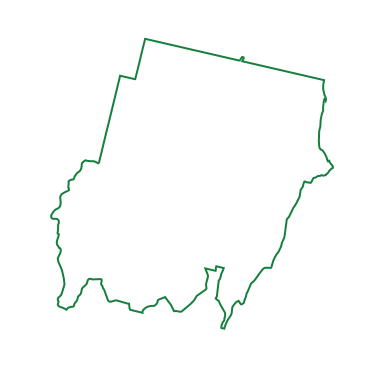 SVG path tracing the border of Sudan, rotated 13°
{"feature_id": "SDN", "entity_name": "Sudan", "entity_type": "country or territory", "adm_level": 0, "iso_a3": "SDN", "parent_name": "Africa", "parent_adm1": "", "projection": "equal_earth", "projection_center": [30.131, 15.434], "detail": "fine", "context": "isolated", "style": "outline", "palette": "green", "viewbox_px": 384, "rotation_deg": 13, "n_neighbors": 0, "source": "natural_earth", "source_scale": "50m", "svg_char_len": 5198}
<svg xmlns="http://www.w3.org/2000/svg" viewBox="0 0 384 384"><g transform="rotate(13 192 192)"><path d="M254.2,317.9L251.2,317.9L251.1,317.7L250.9,316.9L250.8,316.0L250.9,314.4L251.2,312.4L252.3,309.7L252.3,309.3L252.3,309.2L252.2,308.7L252.1,308.3L252.0,307.6L252.2,306.2L252.2,305.8L252.2,305.2L252.1,304.9L251.4,302.5L251.2,302.1L244.3,294.6L243.0,292.6L242.9,292.4L242.7,292.3L239.2,290.6L239.0,290.4L239.0,290.2L239.1,289.9L239.6,288.9L239.6,288.6L239.7,288.2L238.0,272.4L238.0,272.1L238.1,271.9L238.2,271.7L238.4,271.4L238.6,271.1L238.8,270.4L238.8,270.2L239.0,267.4L239.0,264.9L239.9,260.8L240.0,259.0L232.4,258.9L232.4,259.0L232.4,259.4L232.4,259.7L232.3,260.2L232.3,260.4L232.3,260.7L232.5,261.7L232.7,262.4L232.7,262.7L232.7,263.0L232.7,263.5L222.2,263.5L226.3,269.7L226.4,269.9L226.5,270.2L226.5,270.4L226.6,272.6L226.4,276.1L226.4,278.3L226.7,279.7L227.8,282.6L227.7,283.1L227.5,283.8L220.0,292.2L219.8,292.6L218.8,296.1L217.8,298.2L217.4,298.8L215.6,301.7L208.8,310.7L207.7,311.3L204.3,311.5L202.5,311.6L202.3,311.7L202.0,311.8L201.8,312.0L201.6,312.2L201.3,312.1L201.1,311.9L196.9,306.8L189.4,300.4L188.7,301.0L184.4,303.8L183.6,304.5L183.1,305.0L183.0,308.1L182.3,309.6L181.0,311.3L177.3,312.4L175.4,313.3L173.4,314.7L173.1,315.1L172.4,316.0L170.9,318.0L170.7,319.5L171.0,320.8L158.3,320.7L157.5,319.7L155.7,314.9L154.4,315.2L142.8,314.6L141.2,315.1L137.9,317.1L136.2,317.4L134.5,316.5L128.5,307.1L127.2,306.0L126.7,305.4L125.8,303.7L124.5,302.8L124.1,302.0L124.0,301.0L124.0,299.0L123.6,297.7L122.6,297.4L114.5,299.6L113.3,299.3L111.6,299.7L111.0,300.1L110.3,301.3L110.2,302.6L110.2,303.9L110.0,305.2L109.3,306.6L107.0,309.8L106.5,311.2L106.6,314.7L106.4,316.5L106.0,317.3L105.0,318.7L104.6,319.4L104.5,320.5L104.4,322.9L104.2,323.9L102.9,326.7L102.6,327.6L102.5,329.6L102.3,330.2L98.6,331.8L97.3,332.8L96.4,334.3L96.2,334.9L94.6,334.4L92.6,334.0L88.7,333.5L87.2,332.8L86.5,331.7L86.7,329.0L86.4,328.4L85.8,327.9L85.3,326.7L85.4,325.3L87.5,322.2L87.9,320.5L88.3,314.6L88.5,312.6L88.4,310.2L86.8,305.7L85.4,302.7L83.2,298.1L82.3,296.6L77.7,290.3L77.2,289.4L76.1,286.7L76.6,284.4L77.4,280.9L77.4,279.3L77.1,277.6L76.0,276.4L74.9,276.3L74.5,275.6L73.6,274.7L72.7,274.0L71.9,272.6L71.4,270.7L71.9,263.9L71.6,263.0L70.4,262.7L70.2,262.2L70.2,260.9L69.6,257.0L68.9,253.8L69.3,252.0L68.4,249.6L66.5,248.6L64.7,248.9L62.8,249.4L61.7,249.2L60.9,248.8L60.4,247.9L60.1,246.8L60.4,245.3L61.4,242.4L62.8,240.0L65.4,237.8L66.2,236.7L66.6,235.4L66.7,233.9L66.5,232.4L66.2,231.0L65.5,229.1L64.8,226.9L64.8,225.4L65.1,224.3L65.9,223.0L67.3,221.6L67.6,221.3L68.5,220.5L69.3,220.0L71.2,218.4L71.7,217.7L71.5,216.8L71.1,216.1L70.3,215.1L70.2,213.9L70.0,211.8L69.6,210.4L69.3,209.5L69.9,208.7L70.7,207.7L71.7,207.1L73.3,206.6L73.9,205.8L74.1,204.4L74.1,203.1L74.7,202.1L75.4,200.0L76.1,199.0L77.1,197.9L78.1,196.5L78.6,194.9L78.8,193.4L78.3,188.7L79.5,186.7L81.0,185.1L83.2,185.2L86.5,184.8L88.8,184.2L90.5,184.2L94.2,185.1L94.5,184.9L94.6,184.7L94.8,183.4L94.8,180.3L94.9,170.9L95.0,161.5L95.1,152.1L95.3,142.7L95.4,133.4L95.5,124.0L95.6,114.7L95.7,105.3L95.7,102.7L95.8,100.1L95.8,97.5L95.8,94.9L99.7,94.9L103.5,94.9L107.3,94.9L111.2,94.9L111.3,94.8L111.5,84.4L111.6,74.0L111.7,63.7L111.9,53.3L117.8,53.3L123.7,53.3L129.6,53.3L135.5,53.3L141.4,53.3L147.3,53.3L153.2,53.3L159.1,53.3L165.0,53.3L170.9,53.3L176.8,53.3L182.7,53.3L188.6,53.3L194.5,53.3L200.4,53.3L206.3,53.3L208.1,53.3L208.9,53.2L210.4,49.3L211.0,49.1L212.0,49.3L212.3,50.2L212.0,51.5L211.6,53.3L214.4,53.3L219.5,53.3L224.6,53.3L229.6,53.3L234.7,53.3L239.8,53.3L244.8,53.3L249.9,53.3L255.0,53.3L260.0,53.3L265.1,53.3L270.2,53.3L275.2,53.3L280.3,53.3L285.4,53.3L290.4,53.3L295.5,53.3L295.8,58.0L296.5,61.8L299.0,67.2L301.1,70.1L301.8,71.7L301.9,72.5L301.8,73.2L301.2,72.4L300.1,71.8L300.0,74.4L300.3,76.2L300.6,79.6L301.5,83.2L301.0,86.6L301.1,92.3L302.3,99.2L302.2,103.6L304.1,113.8L305.9,119.5L306.8,120.9L307.9,121.6L309.9,122.1L313.0,125.0L315.4,128.1L316.3,129.7L317.5,131.5L318.2,131.1L318.7,130.7L319.5,132.1L323.3,135.2L323.9,136.6L322.6,138.0L321.1,140.4L320.7,141.3L320.5,141.9L320.3,142.6L319.9,143.3L319.0,144.3L318.7,144.7L318.5,145.4L318.0,145.8L317.4,145.9L316.9,146.2L316.1,146.6L314.9,146.4L313.8,146.8L313.3,147.4L312.4,147.8L311.5,147.9L311.2,148.1L310.3,148.9L309.2,150.0L308.0,150.7L307.5,150.9L307.0,151.6L306.1,155.4L305.5,156.4L304.4,156.5L302.9,156.5L301.7,156.8L300.0,156.4L299.2,156.5L299.0,157.3L298.7,160.5L298.8,161.9L298.1,163.6L297.4,165.6L297.7,169.1L297.9,172.6L296.6,177.7L296.4,178.9L295.0,183.1L294.3,184.6L292.6,192.3L292.0,194.7L290.5,197.2L290.9,201.2L291.3,205.5L291.7,209.6L292.2,215.7L291.0,221.4L291.1,224.5L290.2,229.1L289.6,231.2L289.0,232.5L288.4,233.8L287.5,236.6L286.7,240.4L286.4,244.3L286.4,246.5L286.2,247.6L285.9,248.2L284.0,248.6L281.4,249.1L280.0,249.6L279.0,250.4L277.9,252.2L275.6,257.3L274.4,260.4L272.5,264.6L270.3,267.6L269.9,269.0L269.5,271.8L268.7,276.0L268.0,279.1L268.1,281.6L267.5,285.8L267.6,287.9L266.8,289.1L265.8,290.2L265.1,290.4L263.5,289.2L262.4,287.9L261.9,287.6L260.9,288.4L259.7,289.5L258.3,292.3L257.2,295.1L257.9,301.0L257.8,302.3L257.5,303.7L255.8,308.1L255.4,309.5L254.8,312.2L254.2,316.8L254.2,317.9Z" fill="none" stroke="#15803d" stroke-width="2"/></g></svg>